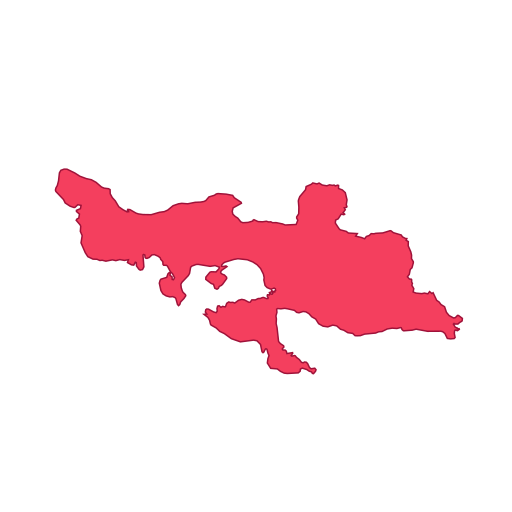 outline of Lembata, Nusa Tenggara Timur, Indonesia, rotated 224°
{"feature_id": "22746128B62947944336237", "entity_name": "Lembata", "entity_type": "district", "adm_level": 2, "iso_a3": "IDN", "parent_name": "Indonesia", "parent_adm1": "Nusa Tenggara Timur", "projection": "orthographic", "projection_center": [123.525, -8.375], "detail": "fine", "context": "isolated", "style": "filled", "palette": "rose", "viewbox_px": 512, "rotation_deg": 224, "n_neighbors": 0, "source": "geoboundaries", "source_scale": "gbopen_adm2", "svg_char_len": 6131}
<svg xmlns="http://www.w3.org/2000/svg" viewBox="0 0 512 512"><g transform="rotate(224 256 256)"><path d="M412.1,163.5L409.8,160.1L410.5,158.4L410.2,156.8L404.1,156.2L402.7,155.6L399.5,151.7L395.2,149.9L391.0,143.9L381.2,139.8L376.5,138.7L371.1,140.5L368.1,143.2L365.2,144.3L363.7,146.1L360.4,148.0L356.6,153.5L353.6,155.3L351.5,158.8L347.5,161.5L345.2,164.7L343.9,162.0L339.5,163.1L337.6,164.5L338.5,167.7L337.5,168.1L335.0,165.8L331.0,165.1L329.5,165.4L328.2,167.4L329.1,170.3L338.0,178.2L337.9,179.0L336.7,179.5L334.9,178.0L334.0,177.8L332.8,178.5L331.8,180.7L331.6,184.5L330.1,186.4L326.4,187.8L323.8,188.2L322.2,187.4L319.2,187.2L317.0,185.3L316.0,185.2L313.9,187.1L312.7,187.2L306.7,185.3L303.8,185.3L299.5,183.8L298.9,181.6L300.0,180.9L301.9,182.7L304.5,182.4L305.6,184.0L306.1,184.2L306.9,183.8L307.0,182.1L305.4,178.6L308.3,173.3L308.1,171.9L306.7,169.3L300.4,165.1L296.6,164.1L292.9,164.9L289.6,166.7L287.6,169.0L285.1,169.9L283.9,169.6L278.8,166.6L277.2,166.5L277.1,168.1L278.3,170.6L278.3,175.3L278.9,178.6L279.9,179.2L283.4,179.2L285.0,179.8L287.8,181.3L290.4,183.5L291.0,185.6L291.1,194.9L291.7,197.3L295.2,202.5L295.1,204.3L293.2,208.3L291.8,209.8L281.8,216.7L278.8,220.7L274.6,222.5L273.8,221.1L273.7,216.8L277.3,213.5L277.9,212.3L277.4,206.0L275.9,204.3L269.1,205.1L266.9,206.1L263.2,204.2L261.0,205.0L260.6,206.6L261.3,208.6L260.5,210.8L260.4,212.4L261.4,219.4L262.4,220.3L265.6,220.4L267.6,219.5L269.7,219.3L270.6,220.5L270.7,222.1L269.5,228.2L270.7,228.0L272.3,225.7L273.6,224.7L274.5,225.8L274.5,228.4L274.0,230.1L269.5,238.2L267.1,241.5L259.6,247.3L254.2,249.5L249.1,250.5L244.0,250.2L238.1,248.1L235.1,246.1L233.7,244.2L229.0,241.1L226.0,241.0L222.7,242.3L221.9,242.9L220.7,245.5L219.3,245.9L217.9,244.8L218.3,243.6L217.6,243.2L218.0,242.6L220.8,242.0L220.3,241.0L218.1,241.0L217.8,239.9L218.2,239.3L219.1,239.1L220.6,239.6L221.0,239.0L219.6,238.2L219.3,237.4L220.8,236.1L220.2,235.0L218.2,234.4L217.9,233.7L218.9,232.6L221.7,231.5L222.5,230.6L223.4,228.5L224.9,226.9L226.0,223.9L228.5,221.6L228.1,218.7L228.9,217.8L233.7,216.4L236.1,214.9L237.8,212.1L238.6,207.4L240.5,206.6L242.1,204.8L243.7,204.0L244.2,201.6L242.8,198.5L242.9,197.9L245.0,196.6L245.6,194.7L248.0,194.6L248.8,193.3L247.6,191.1L245.6,189.4L245.3,187.6L247.6,186.3L253.2,184.8L254.6,183.7L254.8,182.5L253.5,180.5L251.0,180.1L252.9,177.9L247.9,178.4L244.7,177.5L241.5,175.4L240.4,175.1L234.6,176.6L229.7,176.6L224.9,178.2L216.3,179.4L207.6,183.4L199.3,193.8L196.4,195.7L191.3,195.5L185.2,191.3L183.8,191.3L183.6,192.2L184.6,195.4L184.4,196.2L183.3,196.5L179.9,194.4L177.5,193.4L176.1,190.4L173.5,186.9L167.4,185.4L162.2,189.6L158.3,190.0L154.4,191.3L151.9,193.2L144.4,201.3L144.2,203.8L145.5,205.5L144.8,207.5L140.6,209.6L137.7,210.1L135.5,211.2L133.9,210.7L132.9,211.3L133.1,214.4L133.8,215.9L135.8,216.1L138.0,213.2L138.8,213.0L140.3,213.0L144.2,214.5L146.1,214.5L147.5,213.4L147.9,211.9L149.4,211.1L152.9,211.6L156.6,211.2L158.3,211.5L159.1,211.2L160.7,208.8L161.5,208.7L162.0,211.5L162.6,211.9L166.0,207.3L168.1,208.6L169.6,208.6L171.4,207.1L172.0,207.1L172.6,207.6L172.7,209.9L173.8,210.6L177.7,209.9L180.4,210.2L191.1,219.1L194.6,221.4L197.6,224.9L200.0,226.7L201.8,230.0L204.2,232.1L204.0,233.2L201.4,235.3L199.0,238.3L196.7,239.9L190.6,243.6L187.6,243.7L185.6,245.0L183.6,248.8L181.3,250.5L177.8,251.3L173.6,251.0L169.3,252.1L163.9,250.8L159.0,252.1L155.1,254.9L152.8,259.6L149.4,261.8L144.4,262.0L141.3,263.6L136.7,264.6L132.7,267.5L129.4,267.5L127.9,268.8L125.6,271.2L123.6,275.3L116.4,283.7L115.1,286.7L112.9,289.2L110.9,294.7L107.9,298.7L104.3,301.7L102.4,304.8L101.7,305.3L99.8,304.5L98.1,304.6L97.5,305.1L92.1,311.2L90.0,314.6L80.3,321.0L70.9,330.2L69.2,331.2L66.3,331.5L61.1,329.6L58.5,331.5L56.1,334.3L56.2,335.7L59.6,338.1L61.1,340.0L61.3,341.1L59.2,342.2L58.8,344.5L59.4,344.8L60.7,343.5L61.3,344.0L63.1,343.2L66.7,344.1L66.7,345.0L66.0,344.9L63.5,347.3L63.3,349.8L62.6,352.1L62.9,352.9L64.2,354.5L69.0,353.9L69.8,353.2L69.8,350.1L70.8,348.7L75.7,347.3L79.9,347.8L85.1,350.5L89.2,349.6L92.4,350.1L95.2,349.6L103.1,352.6L103.4,351.2L106.4,351.0L106.1,348.2L109.1,346.3L110.6,344.1L115.2,340.4L118.0,339.3L119.8,342.1L123.6,343.2L124.5,345.0L125.8,345.3L127.6,347.1L128.2,347.2L129.6,346.0L132.6,346.2L133.0,349.3L135.7,353.5L135.6,355.9L138.1,360.4L138.9,361.2L142.3,362.1L144.7,364.7L147.5,366.5L153.5,369.0L156.5,372.2L158.9,371.6L159.6,373.3L160.7,372.4L164.0,371.5L166.1,372.0L173.4,368.2L176.3,367.9L177.1,367.4L180.8,360.7L185.7,355.4L186.6,353.9L188.7,352.1L188.8,349.4L190.2,346.7L189.8,343.9L193.1,342.5L198.1,339.5L198.7,342.5L205.5,336.7L208.2,336.4L213.5,333.4L215.1,333.3L221.8,334.8L223.7,337.2L222.7,339.8L223.8,345.3L221.5,346.7L221.3,347.7L223.5,347.7L223.9,351.3L226.0,352.0L224.7,354.0L224.9,354.7L226.7,355.6L229.5,359.6L235.8,363.6L239.8,363.5L243.5,361.9L245.6,364.1L246.4,363.8L247.7,361.5L249.1,361.3L250.1,359.9L252.5,358.3L253.8,355.7L257.6,353.1L261.3,352.3L262.2,350.2L265.9,348.0L266.0,346.1L268.2,340.8L266.4,338.1L265.8,329.2L264.6,326.3L263.8,325.0L259.1,320.9L254.6,316.0L253.9,312.4L253.1,311.5L250.8,310.8L249.0,306.6L256.5,298.6L259.2,297.5L264.7,294.0L267.3,291.4L269.1,290.9L270.5,289.3L272.7,288.2L275.0,285.2L278.4,282.2L282.7,280.7L283.0,279.6L282.6,278.9L285.0,274.7L288.6,270.8L290.7,270.0L295.4,270.6L298.5,270.0L301.7,270.0L304.1,271.6L305.9,274.7L303.1,283.8L304.0,284.3L312.1,282.8L314.9,283.4L320.4,279.8L326.7,274.5L327.7,273.0L328.1,270.8L330.9,265.8L330.6,261.1L331.3,259.1L333.3,256.3L337.1,252.3L341.4,246.1L346.0,242.3L348.0,239.7L350.6,234.6L351.4,227.7L352.8,224.2L355.8,220.4L360.1,212.9L366.1,207.3L369.8,204.6L372.1,203.5L378.9,201.8L380.6,200.5L380.3,199.6L379.1,199.8L378.4,199.4L379.5,198.1L383.8,196.9L388.9,196.1L395.5,197.9L400.0,198.2L404.1,199.5L407.1,202.4L408.8,202.0L412.4,199.3L415.1,198.3L422.2,197.9L427.4,196.5L431.8,193.8L438.2,191.0L443.8,189.9L452.2,187.2L454.4,185.2L455.9,182.1L455.2,179.3L450.2,172.8L447.9,168.7L447.2,166.0L446.1,164.1L444.8,163.4L433.7,162.9L430.1,161.6L424.3,162.7L420.5,164.5L420.0,165.3L419.8,169.1L417.0,170.9L415.2,168.1L416.9,164.1L416.1,163.3L412.1,163.5Z" fill="#f43f5e" stroke="#9f1239" stroke-width="1.5"/></g></svg>